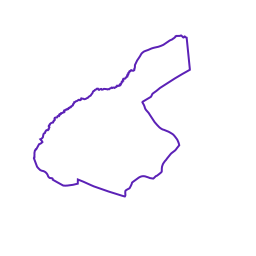 Si Somdet, Roi Et, Thailand (Mercator projection), rotated 58°
{"feature_id": "78962969B7638603864190", "entity_name": "Si Somdet", "entity_type": "district", "adm_level": 2, "iso_a3": "THA", "parent_name": "Thailand", "parent_adm1": "Roi Et", "projection": "mercator", "projection_center": [103.471, 16.03], "detail": "fine", "context": "isolated", "style": "outline", "palette": "violet", "viewbox_px": 256, "rotation_deg": 58, "n_neighbors": 0, "source": "geoboundaries", "source_scale": "gbopen_adm2", "svg_char_len": 5362}
<svg xmlns="http://www.w3.org/2000/svg" viewBox="0 0 256 256"><g transform="rotate(58 128 128)"><path d="M136.6,216.7L141.1,214.2L142.5,213.4L142.7,213.1L143.7,211.7L144.7,209.9L147.0,204.8L148.6,200.1L145.1,197.8L149.9,194.3L156.8,189.7L159.4,187.9L171.6,178.1L182.2,169.0L184.3,167.1L184.4,166.9L184.1,166.4L183.8,166.0L182.9,165.4L181.7,164.8L180.1,163.7L179.8,163.1L179.7,162.0L179.9,158.8L179.9,158.6L178.6,156.3L177.4,154.5L176.6,153.7L176.4,153.2L176.3,152.4L175.8,145.4L175.8,144.4L176.0,142.9L176.4,141.6L177.1,140.3L178.1,139.1L180.6,137.0L182.1,135.9L184.2,133.5L184.3,133.2L183.6,130.0L183.8,128.6L183.5,125.5L183.2,123.4L183.1,123.0L182.7,122.4L182.4,122.2L180.0,120.6L178.7,119.5L177.9,118.5L177.1,117.5L176.6,116.5L175.7,114.4L175.2,112.6L174.5,110.9L172.6,105.4L172.4,104.4L172.0,100.1L171.7,98.9L170.9,96.9L169.8,93.7L168.7,93.3L167.2,92.9L165.4,92.6L163.9,92.4L161.3,92.6L159.4,92.8L157.7,93.1L156.6,93.5L154.2,94.7L152.6,95.6L148.6,98.5L147.6,99.4L146.4,100.1L144.2,101.0L140.9,101.7L137.1,102.3L128.3,102.5L126.2,102.5L122.6,103.1L121.3,103.2L119.9,103.0L118.5,102.6L116.7,102.3L113.9,102.2L113.6,101.9L113.5,101.6L113.7,92.1L113.5,91.6L112.0,89.2L111.9,88.7L111.6,84.2L111.0,79.6L110.8,62.0L111.0,53.2L111.4,44.7L110.5,44.2L82.5,30.4L81.9,30.9L80.6,31.3L80.4,31.4L80.3,31.6L80.4,31.8L80.7,32.1L80.7,32.9L80.5,33.1L80.2,33.3L79.4,33.4L78.6,33.6L77.9,33.8L77.7,33.9L77.5,34.3L77.5,35.0L77.1,35.6L77.0,36.0L76.8,36.2L76.5,36.6L76.2,37.1L76.0,37.7L75.7,37.9L75.6,38.1L75.6,38.4L75.5,38.7L75.4,39.1L75.5,39.3L75.8,39.5L75.9,39.8L76.0,40.2L76.0,40.6L76.0,40.8L76.1,41.0L76.1,41.4L76.2,41.8L76.2,42.2L76.1,42.5L76.2,43.0L76.3,43.4L75.9,46.2L76.2,53.9L75.8,56.6L75.2,59.2L74.1,62.3L73.5,64.1L73.0,66.0L72.5,69.5L71.8,72.7L71.6,74.2L71.8,75.8L72.0,76.9L72.5,78.0L73.5,79.8L75.6,84.5L78.2,88.6L78.5,88.9L79.9,89.8L80.8,90.6L81.2,91.3L81.3,91.5L82.0,91.7L82.2,92.0L82.3,92.6L82.2,93.3L82.0,93.6L81.2,94.2L80.8,94.4L80.6,94.7L80.6,94.9L80.7,95.3L81.1,95.7L81.1,95.8L81.0,96.0L80.7,96.4L80.7,96.8L80.9,97.1L81.5,97.5L81.4,97.8L81.5,98.6L81.8,98.8L82.3,98.9L82.9,99.5L83.0,99.7L82.9,99.9L82.5,100.2L82.8,100.7L83.2,101.1L83.9,101.1L84.1,101.3L84.1,101.5L83.9,102.0L84.1,102.7L84.0,103.3L84.5,103.7L84.6,104.0L84.5,104.5L84.4,105.0L83.9,105.6L83.8,105.8L84.1,106.4L84.6,106.9L84.9,107.1L85.2,107.0L85.4,107.0L85.4,107.3L85.2,107.5L85.7,108.0L85.9,108.2L85.8,108.6L85.5,108.8L85.6,109.0L86.1,109.2L86.2,109.4L86.5,109.7L86.7,110.2L86.5,110.9L86.8,111.3L86.8,111.7L87.0,111.7L87.5,111.5L87.6,111.8L87.7,112.2L87.6,112.7L87.4,112.7L87.2,113.1L87.2,113.8L87.0,114.7L86.9,114.8L86.4,114.9L86.6,115.5L86.6,115.8L86.8,115.9L86.9,116.0L87.0,116.2L87.0,116.4L86.8,117.2L86.9,118.1L86.5,118.3L86.2,118.5L85.9,119.3L85.8,120.0L85.6,120.1L85.1,120.3L85.0,120.6L85.2,121.0L85.2,121.4L85.1,121.6L85.0,122.4L84.9,122.6L85.1,123.6L84.6,124.1L84.5,124.3L84.4,125.0L83.8,125.4L83.5,125.9L83.1,126.3L82.6,127.0L82.1,127.6L82.0,127.9L82.1,128.6L81.7,129.8L80.8,129.9L80.6,130.1L80.3,131.5L80.4,132.1L80.3,132.4L79.8,132.7L78.8,132.6L78.3,133.3L78.2,133.5L78.4,134.7L78.2,135.8L78.6,136.8L78.5,137.0L78.4,137.3L78.4,137.6L78.6,138.4L79.6,139.7L80.3,141.7L80.7,142.3L80.7,144.7L80.9,145.5L81.1,146.0L80.9,147.2L80.9,148.3L80.6,149.5L80.2,150.0L79.4,150.5L79.2,150.9L78.3,151.7L78.1,151.9L78.2,152.1L78.5,152.2L78.7,152.6L79.0,152.9L79.1,153.2L79.1,153.4L79.0,154.0L78.4,154.3L78.2,154.5L78.1,154.9L77.9,155.1L78.0,155.7L78.0,156.1L78.1,156.5L77.9,157.7L77.7,158.2L77.9,159.2L77.7,159.7L77.6,159.9L77.8,160.1L78.1,160.2L78.2,160.3L78.3,160.6L78.4,161.4L78.8,161.6L78.9,162.1L79.1,162.5L79.6,162.8L79.6,164.3L79.8,164.7L79.9,165.0L79.6,165.1L79.5,165.4L79.6,165.7L80.0,166.0L79.6,167.4L79.7,167.5L80.0,167.6L80.0,167.9L79.8,168.2L79.8,168.5L79.7,168.8L79.8,169.0L80.1,169.1L80.0,169.3L79.7,169.7L80.0,170.0L79.8,170.8L79.4,171.2L79.5,172.1L79.3,172.9L79.4,173.0L79.7,173.0L79.8,173.3L80.6,173.2L80.7,173.3L80.8,174.0L80.6,174.5L80.4,175.0L80.5,175.6L80.4,176.0L80.2,176.3L80.0,176.6L79.9,176.8L80.2,177.3L80.1,178.1L80.6,178.0L80.6,178.6L80.4,178.9L80.4,179.3L80.9,179.4L81.1,179.7L80.7,179.8L80.8,180.1L80.7,180.5L80.7,181.2L80.7,181.4L81.0,181.5L81.2,182.3L81.4,182.6L81.3,182.8L80.9,183.5L80.7,184.2L80.6,184.7L80.9,185.2L81.2,185.4L81.7,185.5L82.3,185.7L82.4,186.0L82.4,186.9L82.8,187.2L82.9,187.3L83.0,187.6L82.9,188.0L83.0,188.1L83.6,188.6L83.4,189.2L83.1,190.2L83.1,191.3L83.3,192.1L83.7,192.4L83.6,192.8L84.1,193.3L84.1,193.7L84.1,193.9L84.4,194.2L84.5,194.3L85.4,194.2L85.8,194.3L86.0,194.6L86.2,194.9L86.3,195.5L86.5,195.5L87.1,195.9L87.3,196.6L87.4,197.1L86.9,197.7L86.7,198.2L86.7,198.6L87.0,199.2L87.1,199.5L87.2,199.9L87.4,200.2L87.8,200.5L88.2,201.0L88.2,201.3L88.1,201.7L88.1,202.0L88.5,203.1L88.9,203.3L89.6,204.1L90.5,204.8L90.9,205.5L91.1,206.1L91.2,207.3L91.2,207.7L91.1,208.3L93.9,207.9L94.1,208.1L94.6,208.1L94.7,208.6L94.9,209.7L94.8,210.8L94.8,211.3L94.6,212.0L97.5,217.2L97.5,217.3L97.3,217.5L97.2,217.6L97.4,217.9L97.8,218.6L97.8,218.9L99.5,220.5L100.6,221.2L101.2,221.5L102.3,222.4L103.0,222.6L103.0,222.9L103.6,223.7L104.1,223.7L104.2,223.9L112.5,225.6L113.0,225.6L114.9,225.3L117.2,224.7L118.5,223.8L119.8,222.5L120.6,222.0L121.7,221.4L123.6,221.0L124.9,221.0L126.5,221.3L127.5,221.3L128.3,221.1L128.8,220.9L129.2,220.5L130.2,219.2L130.8,218.8L131.1,218.8L131.5,218.9L132.0,219.2L136.6,216.7Z" fill="none" stroke="#5b21b6" stroke-width="2"/></g></svg>